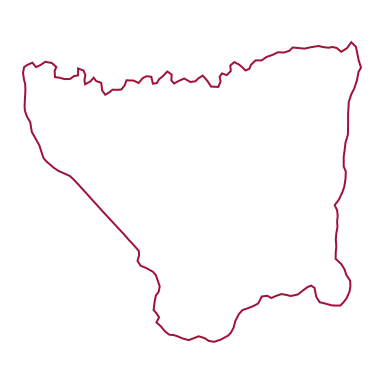 outline of Aroeiras, Paraíba, Brazil
{"feature_id": "56859067B93377817008282", "entity_name": "Aroeiras", "entity_type": "district", "adm_level": 2, "iso_a3": "BRA", "parent_name": "Brazil", "parent_adm1": "Paraíba", "projection": "robinson", "projection_center": [-35.699, -7.545], "detail": "fine", "context": "isolated", "style": "outline", "palette": "rose", "viewbox_px": 384, "rotation_deg": 0, "n_neighbors": 0, "source": "geoboundaries", "source_scale": "gbopen_adm2", "svg_char_len": 2546}
<svg xmlns="http://www.w3.org/2000/svg" viewBox="0 0 384 384"><path d="M355.9,46.8L351.3,42.2L347.0,48.2L341.2,51.8L336.7,48.0L332.7,47.0L328.7,47.7L323.6,47.2L318.5,46.0L310.9,47.2L304.5,48.6L298.0,48.0L292.7,47.5L289.3,50.8L284.1,52.5L277.9,52.3L272.5,54.9L266.7,56.9L261.6,60.4L255.5,60.4L251.0,64.8L249.3,68.8L245.4,70.5L242.0,66.9L238.6,64.3L234.3,62.1L230.3,65.5L230.8,71.0L226.7,75.1L222.0,73.4L219.6,76.8L220.6,81.6L218.3,86.9L211.1,86.6L207.4,80.9L202.7,75.6L198.6,78.2L195.3,81.3L190.4,82.0L184.2,78.5L178.0,81.3L174.1,83.5L171.3,80.3L171.7,74.5L167.3,71.5L162.7,76.3L159.1,79.2L156.8,83.1L152.9,83.7L151.3,76.8L146.8,76.2L142.8,78.0L138.6,83.0L133.7,80.6L126.5,80.3L124.6,85.4L121.4,89.5L117.4,89.8L112.5,89.7L109.0,92.6L105.2,94.7L102.2,90.6L101.2,82.8L96.2,81.1L93.7,77.7L90.4,81.4L85.1,84.3L84.4,80.1L85.4,75.1L83.5,70.5L78.1,68.5L78.1,75.3L73.8,76.2L70.3,78.9L64.5,79.1L59.3,77.7L55.0,77.1L54.6,71.0L56.3,67.0L51.9,63.0L45.3,61.8L40.2,65.2L36.0,67.1L32.4,62.7L27.5,64.8L24.1,67.1L23.0,72.9L23.9,79.2L25.2,84.2L25.4,90.4L24.9,99.3L24.6,106.3L24.9,110.7L26.9,116.4L30.3,122.3L31.1,127.7L31.9,132.2L34.3,136.3L36.4,140.2L39.2,145.0L41.5,152.1L43.6,158.2L46.5,161.5L53.4,167.5L58.4,170.9L63.9,173.3L70.0,176.1L73.0,178.9L77.8,183.9L81.7,188.2L86.1,193.0L91.8,199.4L95.4,203.3L102.1,210.8L119.3,229.3L124.0,234.3L128.8,239.9L133.2,244.5L138.8,250.9L139.1,255.4L137.5,260.9L140.6,265.7L146.4,268.1L153.0,271.8L155.9,275.3L157.6,280.2L159.7,286.4L158.6,291.9L155.9,295.5L154.8,300.6L154.2,305.3L153.6,310.1L156.4,313.2L159.1,317.3L156.4,322.4L161.0,326.5L164.9,331.3L169.1,334.6L173.7,335.1L177.5,336.3L182.7,338.5L188.7,340.1L193.5,338.3L198.6,336.3L204.3,338.0L208.8,340.9L214.2,341.8L220.6,339.7L228.0,335.7L230.9,332.7L233.6,327.7L235.2,321.3L238.8,314.2L242.4,310.1L247.1,308.5L252.8,306.3L258.2,303.5L261.8,296.5L267.3,295.8L271.4,298.0L275.8,296.0L281.4,294.1L285.9,294.8L290.6,296.0L297.8,294.5L302.9,290.5L307.5,287.1L311.1,285.6L314.5,287.8L316.2,296.6L319.6,302.2L325.7,303.7L331.4,305.3L335.8,305.6L340.4,305.5L343.4,302.4L346.6,298.3L349.4,291.9L350.4,286.4L350.2,280.8L346.4,275.1L344.6,269.5L341.3,264.1L335.6,258.8L335.8,251.5L336.3,246.5L335.8,239.6L336.3,233.5L337.5,226.6L337.1,222.0L337.7,215.8L337.1,210.2L334.7,205.2L339.0,199.4L342.4,192.2L344.3,186.7L345.5,178.9L345.8,171.4L343.7,166.6L343.7,156.8L344.6,150.4L345.5,142.6L347.9,134.6L348.1,123.6L348.1,114.2L348.8,101.8L351.3,94.3L354.2,88.6L357.0,80.2L358.5,72.0L361.0,67.6L358.7,60.4L357.0,51.8L355.9,46.8Z" fill="none" stroke="#9f1239" stroke-width="2"/></svg>